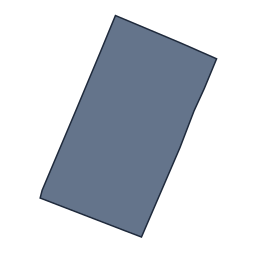 Seneca, Ohio, United States of America (Natural Earth projection), rotated 113°
{"feature_id": "52423323B66347180618520", "entity_name": "Seneca", "entity_type": "district", "adm_level": 2, "iso_a3": "USA", "parent_name": "United States of America", "parent_adm1": "Ohio", "projection": "natural_earth1", "projection_center": [-83.185, 41.124], "detail": "fine", "context": "isolated", "style": "filled", "palette": "slate", "viewbox_px": 256, "rotation_deg": 113, "n_neighbors": 0, "source": "geoboundaries", "source_scale": "gbopen_adm2", "svg_char_len": 325}
<svg xmlns="http://www.w3.org/2000/svg" viewBox="0 0 256 256"><g transform="rotate(113 128 128)"><path d="M29.2,110.1L29.2,125.4L29.4,183.5L67.9,183.1L132.2,182.8L218.9,182.7L226.8,181.5L223.7,89.0L223.1,73.0L125.9,72.5L86.5,73.9L61.9,73.2L29.7,73.5L29.2,110.1Z" fill="#64748b" stroke="#1e293b" stroke-width="1.5"/></g></svg>